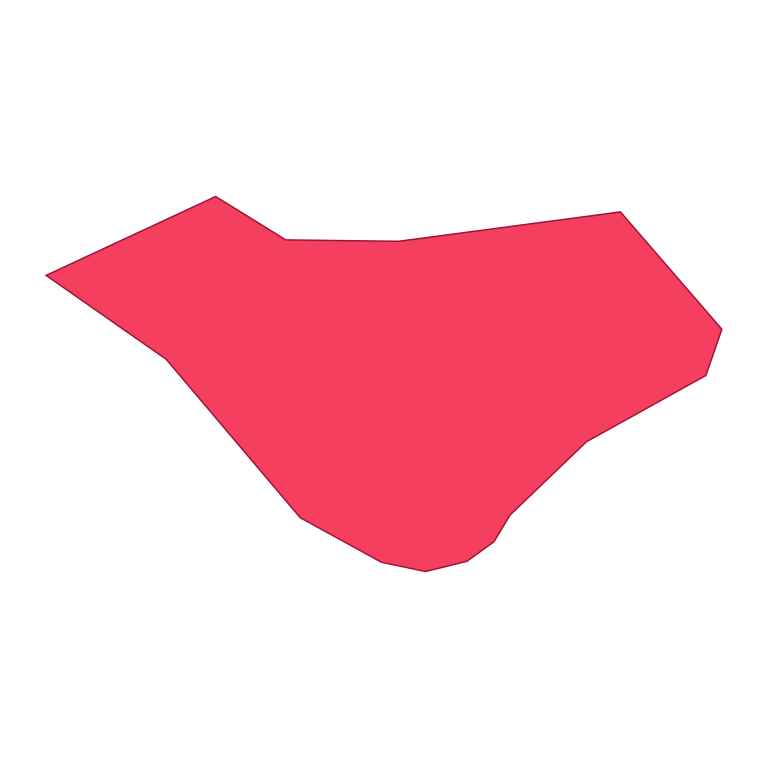 the Municipality of Destrnik
{"feature_id": "SVN-203", "entity_name": "Destrnik", "entity_type": "Municipality", "adm_level": 1, "iso_a3": "SVN", "parent_name": "Slovenia", "parent_adm1": "", "projection": "natural_earth1", "projection_center": [15.888, 46.479], "detail": "fine", "context": "isolated", "style": "filled", "palette": "rose", "viewbox_px": 768, "rotation_deg": 0, "n_neighbors": 0, "source": "natural_earth", "source_scale": "10m", "svg_char_len": 322}
<svg xmlns="http://www.w3.org/2000/svg" viewBox="0 0 768 768"><path d="M46.1,275.4L215.6,196.5L285.8,239.9L398.4,241.3L620.4,211.9L721.9,329.3L705.9,375.4L586.5,441.7L510.1,515.0L494.0,541.7L466.9,561.3L425.5,571.5L381.5,562.3L300.2,517.7L166.2,359.3L46.1,275.4Z" fill="#f43f5e" stroke="#9f1239" stroke-width="1.5"/></svg>